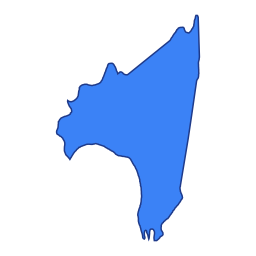 Cidade De Quelimane, Zambezia, Mozambique (Robinson projection)
{"feature_id": "85939544B40669081557189", "entity_name": "Cidade De Quelimane", "entity_type": "district", "adm_level": 2, "iso_a3": "MOZ", "parent_name": "Mozambique", "parent_adm1": "Zambezia", "projection": "robinson", "projection_center": [36.901, -17.867], "detail": "fine", "context": "isolated", "style": "filled", "palette": "blue", "viewbox_px": 256, "rotation_deg": 0, "n_neighbors": 0, "source": "geoboundaries", "source_scale": "gbopen_adm2", "svg_char_len": 5822}
<svg xmlns="http://www.w3.org/2000/svg" viewBox="0 0 256 256"><path d="M69.9,159.4L70.4,158.6L70.7,157.9L71.3,157.2L71.6,156.5L72.2,155.6L72.6,154.9L73.2,154.0L73.6,153.2L74.2,152.6L74.6,151.9L75.4,151.1L76.1,150.5L76.7,149.5L77.5,148.9L78.4,148.1L79.0,147.3L79.8,147.3L80.6,146.6L81.4,146.3L82.3,146.0L82.9,145.7L83.8,145.4L84.7,145.1L86.4,144.4L87.1,144.3L87.9,144.2L89.5,144.2L90.4,144.3L91.3,144.4L92.2,144.3L92.9,144.3L93.5,144.0L94.3,144.0L95.3,143.6L96.0,143.6L96.8,143.9L97.4,144.0L98.4,144.3L99.2,144.7L100.1,144.9L101.8,145.5L102.8,145.8L103.5,146.1L104.3,146.3L105.0,147.0L106.0,147.6L106.7,147.9L107.6,148.6L108.3,148.9L109.1,149.2L109.7,149.8L110.7,150.2L111.3,150.8L112.1,151.1L113.0,151.5L113.8,152.1L114.4,152.7L115.2,153.4L115.6,154.1L116.2,154.4L117.2,155.0L118.1,155.5L119.0,155.8L119.7,155.7L120.4,155.9L121.1,155.9L121.8,156.2L122.7,156.4L123.5,156.4L125.4,156.7L126.1,157.0L127.0,157.0L127.7,157.2L128.5,157.5L129.1,157.8L130.0,158.6L130.8,159.5L131.0,160.1L131.7,161.2L132.2,162.1L132.6,163.0L133.2,163.9L133.7,164.9L134.5,165.8L135.1,166.8L135.4,167.7L135.9,168.7L136.5,169.7L136.8,170.5L137.1,171.3L137.5,172.5L138.0,174.0L138.1,174.6L138.4,175.7L138.9,176.6L139.3,178.2L139.6,179.2L139.8,179.9L139.8,181.5L140.1,182.1L140.2,183.1L140.5,183.9L140.5,185.6L140.8,186.3L141.0,187.0L141.1,187.7L141.2,188.8L141.2,189.8L141.3,190.7L141.4,191.7L141.4,193.8L141.5,194.5L141.6,195.4L141.6,197.3L141.4,198.0L141.2,199.9L141.2,200.8L141.1,201.8L140.9,202.8L140.7,203.8L140.7,204.4L140.1,205.4L140.1,206.1L139.9,207.1L139.4,208.1L139.1,209.0L138.8,210.0L138.6,210.8L138.3,211.7L138.1,212.7L137.9,213.7L137.8,214.6L137.8,215.3L138.1,216.3L138.4,218.3L138.4,221.1L138.8,223.0L139.1,223.8L139.4,224.9L140.0,225.8L140.2,226.8L140.4,227.6L140.7,228.4L141.0,230.0L141.3,231.0L141.5,231.7L141.8,232.6L142.1,233.4L142.3,234.3L142.5,235.3L142.6,236.2L142.7,237.2L142.9,237.9L143.5,238.7L144.4,239.0L144.9,238.1L144.9,237.2L144.4,235.5L144.4,234.9L144.3,233.9L144.3,233.3L144.6,231.6L144.9,230.8L145.7,230.3L146.4,230.6L146.7,231.6L146.7,232.5L147.2,233.5L147.8,234.9L148.0,236.0L148.3,236.9L148.4,237.7L148.7,238.7L148.8,239.1L149.0,238.6L149.2,237.6L149.4,235.7L149.4,235.0L149.6,234.0L149.6,232.1L149.7,231.5L150.2,229.5L150.9,229.1L152.6,229.1L153.4,229.6L154.3,231.3L154.5,232.1L154.5,233.1L154.5,234.0L154.3,235.0L154.2,235.9L154.1,236.6L154.0,237.3L154.0,238.2L154.2,239.8L154.3,240.6L155.1,240.6L155.8,240.6L156.7,240.6L157.5,239.9L158.1,239.4L158.9,238.7L159.8,237.7L160.0,237.1L160.9,236.4L161.6,236.0L162.5,235.4L163.0,234.5L162.9,232.8L162.4,231.9L161.8,230.9L161.3,230.0L161.1,229.0L161.1,227.1L161.3,226.4L161.2,225.5L161.5,224.7L161.8,224.1L162.4,223.1L163.3,222.5L163.8,221.5L164.7,221.0L165.3,220.2L166.1,219.6L166.9,218.9L167.8,218.6L168.4,217.7L169.2,216.7L170.4,214.8L171.3,213.8L171.6,213.1L172.3,212.4L172.8,211.4L173.0,210.7L173.9,210.0L174.6,208.9L175.1,207.9L175.8,207.3L176.9,205.9L177.7,205.1L178.3,204.5L178.8,203.5L179.7,202.4L180.3,201.5L180.9,200.4L181.3,199.6L181.9,199.1L182.5,197.7L182.3,196.8L182.2,195.9L181.9,195.2L181.6,194.2L181.0,193.2L180.8,192.2L180.4,191.5L180.4,190.8L180.2,190.0L180.0,188.9L180.0,188.2L180.0,187.1L180.4,186.2L180.4,185.5L188.2,138.5L191.6,115.5L196.5,81.6L196.6,80.8L196.9,80.1L197.4,79.1L197.9,78.5L198.3,77.5L198.5,76.6L198.6,75.5L198.5,74.7L198.8,73.9L198.8,73.0L198.7,72.1L198.7,69.5L198.6,68.5L198.6,67.6L198.5,66.6L198.5,64.5L198.4,63.6L198.4,62.9L198.5,62.0L198.7,61.0L199.0,60.0L199.2,59.0L199.2,58.3L199.4,57.3L199.4,56.4L198.2,17.2L197.8,16.3L197.5,15.5L196.9,15.4L196.0,15.4L195.6,16.3L195.4,17.3L195.3,18.2L194.9,19.3L194.5,20.2L194.3,21.2L194.3,22.3L194.0,24.0L193.8,24.9L193.8,25.9L193.3,26.9L192.8,27.7L192.6,28.5L191.7,29.2L191.5,30.0L190.9,31.0L190.0,31.9L189.0,32.9L188.2,32.9L187.4,32.6L186.5,32.4L185.7,32.0L185.1,31.1L184.8,30.4L184.4,29.6L184.2,28.5L183.6,27.5L182.8,27.3L182.1,27.3L181.3,27.4L180.3,27.4L179.7,27.6L179.0,27.8L178.3,28.2L177.7,29.1L176.8,29.8L176.5,30.8L175.9,31.3L175.6,32.4L174.7,33.1L173.5,34.8L173.0,35.6L172.7,36.2L172.1,37.2L171.5,37.8L171.0,38.7L170.1,40.4L128.0,74.4L127.2,74.8L126.3,74.8L125.7,74.7L124.7,74.5L123.9,74.0L123.3,73.7L122.7,72.8L121.7,72.2L120.9,71.9L119.9,72.0L119.3,72.7L118.5,73.2L117.8,73.8L117.4,72.4L116.8,71.3L116.4,70.5L116.2,69.5L115.9,68.6L115.6,68.0L115.4,67.2L114.7,66.3L114.4,65.6L113.8,64.6L113.2,63.9L112.2,63.3L110.8,63.3L108.9,63.6L108.1,64.4L107.8,65.1L107.5,66.1L107.3,67.0L106.9,67.7L106.4,68.7L105.8,70.5L105.6,71.4L104.9,72.8L104.6,73.8L104.3,74.6L104.0,75.4L103.7,76.2L103.4,77.0L102.9,77.8L102.6,78.9L102.3,79.5L102.0,80.3L101.4,80.9L100.9,81.8L100.5,82.5L99.9,82.8L99.0,83.5L97.3,84.1L96.4,84.4L95.7,84.7L94.8,85.0L94.0,85.0L93.1,85.3L92.4,85.5L91.5,85.5L90.5,85.3L89.8,85.3L89.1,85.0L88.5,85.0L87.0,84.3L84.6,84.3L83.6,84.6L82.8,84.8L81.9,85.1L81.1,85.7L80.3,86.2L79.8,87.0L79.2,88.0L79.5,88.9L79.2,89.9L78.7,91.4L78.7,92.2L78.5,93.0L78.5,93.7L78.3,94.6L78.3,95.4L78.0,96.2L77.7,96.8L77.2,97.8L75.4,99.7L74.6,100.1L73.9,100.8L72.4,101.4L71.7,101.7L70.0,101.7L69.3,101.4L68.7,101.2L67.7,100.5L67.6,101.5L67.8,102.3L68.1,103.2L68.4,103.9L68.7,104.8L69.2,105.6L69.4,106.3L70.0,107.0L70.6,108.0L71.2,108.6L71.6,110.5L71.7,111.4L71.4,112.4L70.5,113.0L70.3,114.0L69.4,114.6L68.6,115.2L67.9,115.4L67.0,115.8L65.2,116.4L64.6,116.4L63.7,116.9L62.9,117.2L61.9,117.7L61.0,118.1L59.6,119.8L59.1,120.9L58.4,121.7L58.4,123.8L58.2,124.7L58.2,125.8L58.1,126.7L58.0,127.7L57.6,128.6L57.3,129.5L56.8,130.5L56.6,131.4L56.6,132.4L56.8,133.4L57.3,134.3L58.1,134.6L59.0,135.2L59.6,135.9L60.2,136.2L61.0,136.5L61.9,137.5L62.7,138.1L63.0,139.0L64.2,140.9L64.5,141.8L64.8,142.9L64.8,143.8L64.8,144.8L64.5,146.5L64.4,148.2L64.4,150.7L64.6,151.6L65.0,152.5L65.3,153.3L65.6,154.2L66.2,155.2L67.0,155.9L68.2,157.2L69.6,158.9L69.9,159.4Z" fill="#3b82f6" stroke="#1e3a8a" stroke-width="1.5"/></svg>